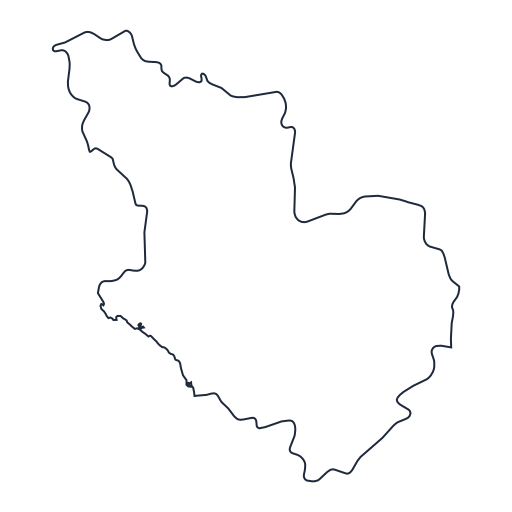 SVG path tracing the border of Al Madinah
{"feature_id": "SAU-845", "entity_name": "Al Madinah", "entity_type": "Region", "adm_level": 1, "iso_a3": "SAU", "parent_name": "Saudi Arabia", "parent_adm1": "", "projection": "natural_earth1", "projection_center": [39.015, 24.943], "detail": "fine", "context": "isolated", "style": "outline", "palette": "slate", "viewbox_px": 512, "rotation_deg": 0, "n_neighbors": 0, "source": "natural_earth", "source_scale": "10m", "svg_char_len": 5722}
<svg xmlns="http://www.w3.org/2000/svg" viewBox="0 0 512 512"><path d="M194.5,396.0L194.3,394.1L194.0,391.6L193.5,389.5L193.3,387.9L192.0,386.4L191.5,385.4L191.2,383.9L191.1,382.4L189.4,383.4L188.7,382.9L188.0,382.9L188.1,384.4L188.8,385.2L190.8,386.0L190.8,386.7L188.2,386.4L186.5,384.7L186.5,380.2L183.0,375.3L181.2,369.0L180.7,366.9L180.4,364.7L179.8,362.5L178.6,360.9L177.9,360.5L177.0,360.3L175.7,359.8L175.0,358.9L174.7,357.5L174.1,355.9L173.1,354.6L171.9,354.2L170.6,353.8L169.6,353.1L168.8,352.5L168.1,350.9L166.8,349.3L166.2,348.8L165.0,347.8L163.4,347.2L162.1,347.1L160.3,345.7L159.3,344.9L157.8,343.3L156.3,341.3L154.8,340.0L153.5,338.7L151.2,336.2L150.6,335.9L149.9,335.7L149.2,336.1L148.6,336.5L146.9,335.2L145.7,334.1L142.5,331.9L140.2,329.9L140.6,328.8L141.9,327.8L143.8,327.5L143.1,326.6L141.9,327.1L140.5,327.9L139.9,326.7L140.8,325.1L141.1,323.7L140.3,323.3L139.8,324.0L138.9,324.2L138.4,325.1L138.9,325.6L139.1,326.4L139.2,327.6L139.3,328.4L138.8,329.0L137.1,328.3L134.8,328.9L131.3,326.0L130.3,324.9L127.3,322.4L126.6,320.5L125.6,319.7L124.3,319.0L122.9,318.2L121.8,317.0L120.3,315.9L118.5,316.0L117.6,315.9L116.4,316.8L116.2,318.1L116.6,319.9L113.4,320.0L112.5,318.7L110.3,317.5L108.5,318.1L106.8,316.2L105.8,314.1L104.1,311.5L101.4,309.0L100.5,305.9L101.3,304.0L101.9,304.2L103.4,305.3L104.0,303.9L103.5,302.2L97.9,293.1L98.0,292.5L99.0,287.2L99.5,285.4L100.4,283.8L101.6,282.3L103.2,281.5L104.7,281.1L111.0,281.1L113.9,280.6L115.7,280.1L117.5,279.4L119.3,278.0L121.2,276.0L123.3,273.2L124.9,271.3L126.6,270.2L128.3,269.9L130.0,270.0L133.4,270.6L137.1,270.8L139.1,270.4L140.9,269.5L142.7,267.9L144.2,265.6L145.0,263.8L145.3,262.5L144.4,232.3L147.2,211.4L147.0,209.6L146.4,207.9L145.4,206.8L144.4,206.2L142.8,205.8L138.0,205.6L136.7,205.2L136.3,205.0L136.0,204.7L135.3,202.9L132.7,191.7L130.4,184.7L129.2,182.2L128.1,180.4L126.7,178.6L116.8,169.5L115.5,167.8L114.5,165.9L113.9,164.0L112.7,159.0L112.5,158.6L112.0,158.1L110.8,157.1L97.2,148.6L95.5,148.3L93.9,149.0L91.1,151.4L89.9,151.8L89.3,150.7L88.9,149.1L88.1,145.3L87.0,141.6L82.6,131.9L82.1,129.9L82.0,128.1L82.1,126.2L82.4,124.3L83.9,120.6L88.6,112.2L89.2,110.8L89.5,108.8L89.5,106.7L88.7,104.4L87.3,102.8L85.7,101.8L76.9,99.0L75.1,98.2L73.5,96.9L71.8,95.2L70.5,93.4L69.5,91.5L68.8,89.6L68.3,87.6L68.0,85.4L67.9,81.5L69.5,69.0L69.7,63.9L69.5,61.6L68.4,56.0L67.8,54.3L67.1,53.3L66.0,51.9L64.7,50.9L63.3,50.4L62.4,50.2L61.0,50.3L56.0,51.3L54.4,51.2L53.1,50.2L52.8,48.7L53.2,47.1L54.6,45.7L56.2,44.9L65.0,42.5L84.5,32.5L86.3,32.0L88.3,31.9L90.7,32.4L94.1,34.0L100.5,38.3L102.7,39.4L105.9,40.0L107.6,40.1L109.4,39.8L111.1,39.1L125.4,30.8L126.7,30.7L128.1,31.2L130.1,32.8L131.2,34.3L131.9,35.9L134.0,44.3L135.4,48.1L136.9,51.2L141.2,58.2L142.9,59.8L145.1,61.1L148.4,61.7L156.1,62.1L157.7,62.4L159.3,62.9L160.6,64.0L161.3,65.3L161.4,66.4L161.4,66.9L161.4,67.3L161.4,68.0L161.5,69.4L162.0,71.1L163.3,72.5L168.0,75.7L169.2,77.2L169.8,79.0L169.8,80.8L169.6,82.8L169.6,84.5L170.3,85.9L171.8,86.4L174.2,85.7L176.2,84.4L183.1,78.5L184.1,77.9L185.7,77.6L187.6,77.7L190.1,78.6L195.7,81.5L197.6,82.1L199.4,82.3L201.3,81.4L201.6,79.9L201.5,78.1L201.1,76.3L201.2,74.7L202.1,73.6L203.5,73.8L205.3,75.4L206.1,77.2L207.4,80.9L209.2,82.7L211.9,84.2L221.5,88.0L230.7,95.6L233.6,96.6L237.4,97.2L245.0,97.1L276.7,91.8L278.5,92.1L280.2,93.2L281.5,94.4L284.1,98.5L285.5,102.5L285.8,104.2L286.0,106.5L286.0,108.6L285.3,111.9L285.0,113.0L282.2,118.5L281.3,121.3L281.4,123.5L282.2,125.5L283.6,126.9L285.3,127.6L287.0,127.8L290.7,127.0L292.5,127.1L294.2,128.6L294.9,130.4L295.1,132.4L290.9,163.2L290.9,166.0L291.2,168.3L293.6,178.4L295.0,187.6L294.3,212.0L294.8,214.5L295.6,216.8L296.7,218.4L297.9,219.8L298.8,220.5L300.2,221.3L301.8,221.9L303.5,222.1L305.3,222.1L307.1,221.7L326.1,214.5L329.9,213.7L339.0,214.0L342.3,213.6L343.9,213.3L345.4,212.8L346.4,212.3L347.8,211.5L349.3,210.3L350.8,208.7L356.4,201.1L358.2,199.4L360.2,198.0L362.8,197.0L365.0,196.5L378.2,195.8L399.6,199.5L406.2,201.5L408.0,202.2L418.1,204.8L421.5,206.1L423.0,207.3L424.2,209.1L424.8,211.3L425.1,213.5L423.8,237.3L424.1,239.3L424.8,241.4L426.3,244.0L428.0,245.5L429.7,246.5L439.7,249.4L440.9,250.1L441.8,250.7L441.9,250.9L443.3,253.5L444.6,257.0L448.7,274.3L450.2,278.1L451.2,279.7L452.5,281.1L459.2,286.5L459.2,289.7L458.4,293.7L457.3,296.4L457.2,296.8L453.6,301.8L452.5,304.0L452.1,305.5L452.0,306.8L452.1,307.5L453.2,310.6L453.3,312.7L453.0,316.2L451.7,323.2L450.9,338.9L451.2,347.4L441.1,345.7L436.3,346.0L434.5,346.8L433.0,348.1L432.0,349.8L431.6,351.6L431.8,353.6L433.8,359.6L434.2,361.5L434.3,363.4L434.2,367.5L433.7,369.7L432.7,372.2L430.7,375.6L428.8,377.7L426.9,379.2L413.3,385.8L403.4,392.0L400.0,394.8L397.6,397.6L396.8,399.8L397.3,401.7L398.6,403.3L400.3,404.7L408.7,409.7L410.0,411.2L410.5,413.2L409.7,415.8L408.3,417.5L406.5,418.6L397.6,422.3L395.5,423.8L393.2,425.9L382.5,437.8L360.6,456.9L357.6,460.7L352.1,470.2L350.1,472.5L348.3,473.5L346.4,473.6L334.6,469.6L332.7,469.3L330.4,469.8L327.2,472.0L319.4,479.3L317.8,480.4L317.4,480.5L315.4,481.1L313.7,481.3L311.9,481.3L307.0,480.5L306.6,480.4L305.1,479.3L304.2,477.8L303.8,476.0L304.0,474.1L304.8,470.5L305.2,466.5L305.2,464.5L304.8,462.5L304.0,460.7L302.8,458.9L301.4,457.4L300.0,456.2L297.6,454.9L292.5,453.2L291.0,452.4L290.0,451.0L289.7,449.2L290.1,447.3L294.4,436.3L294.8,434.6L295.3,430.2L295.2,427.4L294.9,425.7L294.4,424.0L293.5,422.4L292.1,421.1L290.4,420.6L288.8,420.5L281.6,421.4L265.2,427.1L259.3,428.3L257.5,427.4L256.7,425.9L256.4,422.1L256.1,420.4L255.2,418.8L253.8,417.9L251.5,417.9L243.3,419.5L240.3,419.8L237.8,419.3L235.9,417.9L234.2,416.3L228.2,408.4L222.0,402.5L221.0,401.3L217.7,395.5L216.2,394.0L214.2,393.3L211.8,393.5L206.4,394.9L196.8,395.7L194.5,396.0Z" fill="none" stroke="#1e293b" stroke-width="2"/></svg>